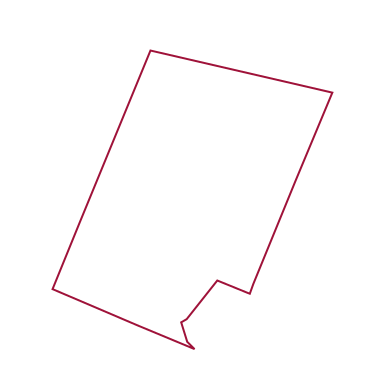 Hunt, Texas, United States of America, rotated 22°
{"feature_id": "52423323B19009886233189", "entity_name": "Hunt", "entity_type": "district", "adm_level": 2, "iso_a3": "USA", "parent_name": "United States of America", "parent_adm1": "Texas", "projection": "albers", "projection_center": [-96.037, 33.123], "detail": "fine", "context": "isolated", "style": "outline", "palette": "rose", "viewbox_px": 384, "rotation_deg": 22, "n_neighbors": 0, "source": "geoboundaries", "source_scale": "gbopen_adm2", "svg_char_len": 328}
<svg xmlns="http://www.w3.org/2000/svg" viewBox="0 0 384 384"><g transform="rotate(22 192 192)"><path d="M99.1,334.3L192.8,336.1L253.2,336.7L243.7,332.7L230.8,316.9L234.7,311.9L248.6,264.6L283.7,264.7L283.3,254.3L283.8,143.5L284.9,47.3L100.5,76.4L99.3,263.5L99.1,334.3Z" fill="none" stroke="#9f1239" stroke-width="2"/></g></svg>